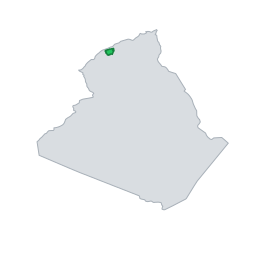 where Aïn Defla sits in Algeria, rotated 345°
{"feature_id": "DZA-2199", "entity_name": "Aïn Defla", "entity_type": "Province", "adm_level": 1, "iso_a3": "DZA", "parent_name": "Algeria", "parent_adm1": "", "projection": "albers", "projection_center": [2.129, 36.152], "detail": "fine", "context": "in_parent", "style": "filled", "palette": "green", "viewbox_px": 256, "rotation_deg": 345, "n_neighbors": 0, "source": "natural_earth", "source_scale": "10m", "svg_char_len": 4546}
<svg xmlns="http://www.w3.org/2000/svg" viewBox="0 0 256 256"><g transform="rotate(345 128 128)"><path d="M181.1,40.4L181.3,41.0L181.4,41.4L180.6,42.0L180.2,42.2L179.7,43.5L178.6,44.5L178.5,45.0L179.2,45.3L179.5,45.7L179.7,46.2L179.4,47.9L179.2,51.1L179.2,51.8L179.5,52.6L179.9,53.2L180.0,53.9L180.0,55.6L180.4,56.6L180.8,57.6L180.2,58.8L180.0,59.8L179.9,61.3L179.9,62.2L179.5,63.1L179.0,64.0L178.4,64.5L177.6,65.0L176.8,65.6L176.1,67.2L174.6,68.6L174.3,69.0L174.2,70.0L174.3,71.4L174.7,72.6L175.5,74.2L176.3,76.0L176.5,76.9L176.8,77.2L177.8,77.7L179.5,78.5L179.8,78.8L180.7,80.0L181.6,82.2L181.9,83.7L185.0,85.8L187.9,87.6L188.2,87.9L190.2,94.6L190.9,97.0L193.5,105.6L192.7,106.2L191.8,106.9L192.6,108.0L194.0,109.8L195.0,111.3L195.3,112.0L196.1,113.8L196.7,115.7L196.9,116.3L197.2,117.7L197.3,121.7L198.1,126.7L198.8,129.1L198.2,131.5L197.7,133.7L197.8,134.7L198.3,136.4L198.8,137.6L199.3,138.2L199.4,140.4L199.2,141.1L197.8,142.4L196.1,143.5L195.7,144.4L195.7,145.4L195.9,146.1L201.5,152.8L201.7,153.5L201.9,155.5L203.0,158.0L203.9,159.0L204.3,159.8L205.0,160.3L205.7,160.7L206.1,160.7L208.3,159.8L212.2,160.6L216.0,161.4L216.2,161.6L218.7,165.2L220.9,168.6L181.1,197.2L176.6,201.3L166.1,211.2L165.2,211.6L150.7,214.8L143.1,216.3L142.7,216.4L142.3,216.4L142.0,216.4L141.3,216.2L140.5,215.6L140.0,215.4L139.9,214.9L140.2,214.3L140.5,213.8L140.7,213.4L140.9,213.1L141.3,212.8L141.3,212.4L141.0,211.8L140.7,211.0L140.7,209.5L140.7,208.8L140.0,208.3L138.7,207.7L137.5,207.3L136.9,207.2L135.6,206.9L133.7,206.6L133.1,206.3L131.9,204.9L131.3,204.5L128.5,204.3L127.6,204.1L126.9,203.7L126.2,203.3L125.8,202.5L125.7,201.9L125.5,201.6L122.5,200.1L121.7,199.5L121.3,199.1L121.3,198.4L121.4,197.5L121.3,196.7L121.1,196.3L70.1,158.7L67.5,156.7L61.5,152.1L35.1,131.4L36.5,118.5L36.6,117.8L36.8,117.6L37.8,117.2L39.3,116.3L39.8,115.8L40.5,115.4L43.0,114.2L43.5,113.8L45.9,112.3L46.4,112.1L47.6,112.1L48.2,111.8L48.9,111.2L50.0,110.5L50.6,110.2L50.8,110.2L51.2,110.2L53.2,110.6L54.1,110.8L55.1,111.1L55.4,111.0L55.7,110.8L56.2,110.3L56.3,109.6L56.4,109.1L56.5,108.8L56.6,108.7L57.1,108.8L57.7,108.9L58.9,109.0L59.3,109.0L60.7,109.0L62.7,108.8L65.6,108.1L67.0,107.3L68.0,106.3L69.1,104.8L70.0,103.5L71.7,102.8L73.1,102.3L73.9,102.2L75.7,101.6L78.7,99.7L81.1,99.5L81.4,99.4L81.7,99.0L81.8,98.4L81.4,97.9L81.0,97.6L80.6,97.4L80.3,97.3L80.1,97.0L80.3,96.4L80.3,95.9L80.6,95.4L80.6,94.7L80.3,93.9L80.2,93.4L80.3,92.8L80.5,92.4L81.0,92.2L81.5,92.1L82.3,92.3L83.7,92.2L87.3,91.1L87.6,90.8L87.9,89.9L88.2,89.1L88.5,88.9L91.6,88.5L92.2,88.5L97.5,89.0L102.0,89.3L102.4,89.1L102.4,88.6L102.2,87.5L102.4,86.9L103.0,86.3L103.9,85.6L103.5,84.8L102.9,84.2L102.0,83.5L101.6,83.2L100.8,82.4L100.3,81.5L100.1,79.5L99.5,78.4L99.1,77.1L99.6,74.7L99.1,73.2L99.0,72.5L99.0,71.8L99.3,70.5L99.2,68.7L98.6,66.8L98.9,66.1L99.1,65.8L99.1,65.5L98.5,64.9L98.2,64.4L98.4,63.9L98.7,63.3L98.7,63.0L97.7,62.1L96.1,60.7L95.6,60.1L95.4,59.4L97.1,59.6L97.9,59.6L99.9,58.8L101.4,57.7L102.6,57.1L103.7,55.8L104.7,55.1L106.1,54.2L110.1,52.4L110.7,52.4L111.9,52.9L113.1,52.8L113.9,52.1L114.7,50.6L116.0,49.6L117.6,48.7L119.8,47.8L121.3,46.9L123.5,46.2L129.2,45.8L132.1,45.3L134.1,45.4L136.1,44.1L137.1,43.6L141.4,43.4L143.4,42.4L151.1,42.2L152.1,42.6L153.0,43.1L154.6,44.3L155.4,44.6L156.4,44.3L158.8,43.0L161.4,42.2L162.8,41.4L163.4,40.3L164.6,39.9L165.4,40.7L168.2,41.4L169.8,41.0L170.6,40.8L170.2,39.6L172.0,39.8L173.5,40.3L175.0,41.4L175.9,41.6L177.6,40.9L181.1,40.4Z" fill="#d9dde1" stroke="#a8b0b8" stroke-width="1"/><path d="M128.2,52.7L127.8,52.3L127.1,52.1L127.1,51.9L127.2,51.7L126.9,51.3L126.7,50.8L126.6,50.6L126.6,50.4L126.4,50.2L126.1,49.9L126.1,49.7L126.3,49.6L126.5,49.5L126.5,49.3L126.4,49.2L126.2,49.0L126.2,48.9L126.3,48.7L126.1,48.4L126.0,48.2L125.9,47.9L125.9,47.7L126.5,47.2L126.9,47.3L127.1,47.7L127.4,47.6L127.5,47.6L127.6,47.4L127.7,47.2L127.8,47.1L129.0,47.2L129.2,47.3L129.4,47.3L129.5,47.3L129.8,47.2L130.4,47.0L130.5,47.0L131.7,47.3L133.2,47.2L133.3,47.4L133.4,47.5L133.5,47.6L133.5,47.8L133.7,47.7L134.1,47.6L134.3,47.5L134.5,47.4L134.6,47.5L134.6,47.8L134.6,48.0L134.4,48.2L134.3,48.3L134.1,48.3L133.7,48.4L133.5,48.5L133.4,48.6L133.3,48.8L133.3,49.0L133.5,49.3L133.6,49.5L133.7,49.4L133.9,49.3L134.0,49.3L134.4,49.3L134.5,49.3L134.5,49.5L134.2,49.8L134.1,50.0L133.9,50.4L133.1,50.9L133.1,51.0L132.9,51.4L132.8,51.6L132.7,51.7L132.2,52.2L131.9,52.7L131.3,52.4L131.0,52.2L130.8,52.2L130.6,52.1L130.2,52.2L129.8,52.2L129.5,52.2L129.3,52.2L129.2,52.3L129.2,52.5L128.6,52.4L128.5,52.5L128.3,52.7L128.2,52.7Z" fill="#22c55e" stroke="#15803d" stroke-width="1.5"/></g></svg>